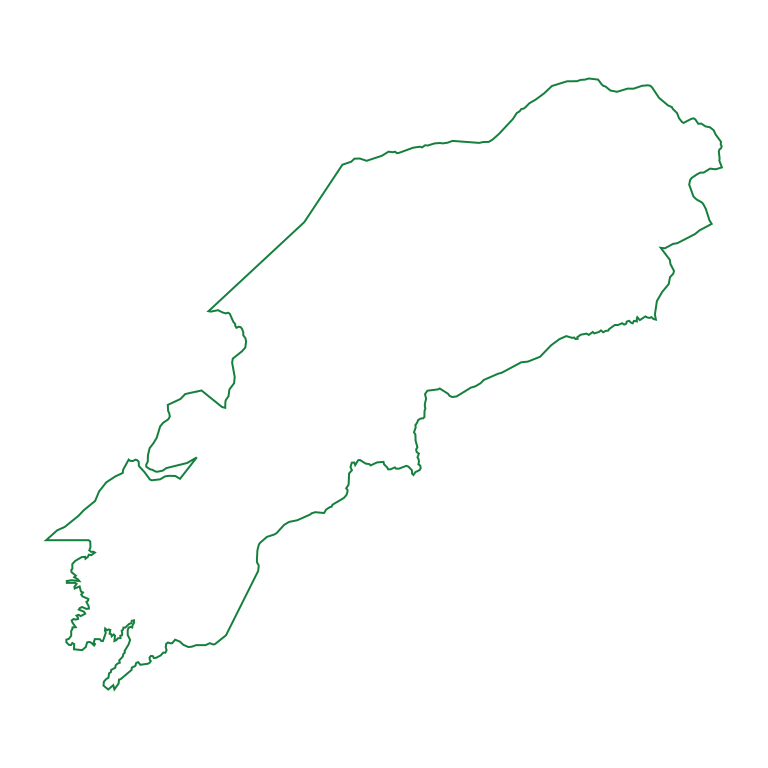 outline of Campo Verde, Mato Grosso, Brazil
{"feature_id": "56859067B82870953347176", "entity_name": "Campo Verde", "entity_type": "district", "adm_level": 2, "iso_a3": "BRA", "parent_name": "Brazil", "parent_adm1": "Mato Grosso", "projection": "mercator", "projection_center": [-55.112, -15.474], "detail": "fine", "context": "isolated", "style": "outline", "palette": "green", "viewbox_px": 768, "rotation_deg": 0, "n_neighbors": 0, "source": "geoboundaries", "source_scale": "gbopen_adm2", "svg_char_len": 6021}
<svg xmlns="http://www.w3.org/2000/svg" viewBox="0 0 768 768"><path d="M566.3,336.1L572.2,337.9L574.0,337.5L575.5,339.0L577.6,338.8L577.3,337.2L580.8,334.7L586.6,333.6L588.8,334.9L592.8,332.0L594.2,333.4L598.9,332.0L601.0,330.4L603.2,332.3L605.6,330.9L608.3,330.6L609.2,329.0L614.8,325.0L618.0,325.0L622.2,323.2L624.2,324.6L626.2,323.7L626.7,321.6L629.2,320.8L631.0,322.7L632.7,323.3L633.9,320.9L636.9,321.4L636.7,319.0L637.3,317.2L639.8,320.1L645.4,316.4L647.6,317.6L649.7,317.9L651.4,317.1L653.5,319.0L655.9,319.6L654.9,314.5L656.9,301.0L662.2,291.9L668.7,284.1L670.0,277.2L673.3,273.7L674.0,270.9L670.5,264.2L669.8,259.8L660.7,247.8L664.9,248.3L673.0,243.9L677.3,243.2L695.1,234.0L699.6,230.3L711.7,223.9L709.5,220.4L705.8,208.9L703.4,204.3L702.0,202.5L696.5,199.4L693.5,196.6L689.2,184.7L690.1,180.1L691.6,178.0L697.2,174.2L700.4,172.6L703.6,172.6L710.1,168.6L715.6,169.3L721.9,167.4L719.3,160.6L719.6,158.4L718.8,151.5L719.5,149.4L721.0,148.3L721.7,146.2L720.7,144.3L721.0,141.8L715.7,134.6L713.7,130.3L710.0,127.3L705.5,126.4L701.3,123.6L698.3,123.8L695.3,119.4L693.6,118.3L691.2,118.9L683.6,122.9L682.1,122.1L679.0,118.2L677.1,113.1L672.7,108.8L671.9,107.1L668.0,105.4L659.0,97.8L652.0,87.3L650.2,85.7L647.7,85.3L642.1,85.8L633.5,88.7L627.7,88.6L617.0,91.8L610.4,90.5L605.5,86.5L603.4,85.9L601.8,84.5L598.1,79.6L588.9,78.5L585.1,79.6L580.7,79.9L577.0,81.2L567.1,81.3L551.9,86.0L544.2,93.3L535.5,99.7L529.3,103.3L525.6,107.1L523.7,108.6L521.4,109.0L519.4,111.5L516.8,113.0L513.0,118.9L499.0,133.9L492.8,139.4L488.8,141.9L483.4,142.0L479.2,142.9L452.5,140.9L447.6,142.7L442.6,143.4L440.1,143.0L434.6,143.4L427.8,145.5L425.0,145.3L422.1,147.4L419.9,146.7L413.1,147.7L399.2,152.8L396.9,153.2L395.1,151.7L392.9,152.2L388.5,151.7L381.8,155.8L366.6,160.8L359.7,158.5L354.4,158.7L351.3,161.7L342.4,164.7L304.3,222.1L208.5,311.2L210.9,311.6L218.0,310.2L222.7,312.5L225.7,313.4L228.0,312.7L229.8,313.8L233.4,322.0L235.1,323.8L235.2,325.6L236.4,327.8L238.7,326.7L240.7,327.2L242.1,329.0L243.3,332.4L243.3,335.3L245.5,338.4L246.1,341.5L245.3,347.5L242.1,351.2L232.8,358.6L232.1,362.6L234.7,376.9L234.1,383.2L229.4,389.5L228.5,396.2L225.8,400.1L225.4,401.7L225.2,407.8L222.0,407.0L201.5,390.5L185.3,394.0L180.4,399.0L167.8,404.9L168.1,410.8L169.3,413.4L169.8,416.6L168.3,419.3L163.1,422.8L160.1,426.5L156.7,437.8L153.6,443.0L149.6,448.2L147.9,455.5L147.8,461.5L146.2,464.7L146.3,466.7L150.2,469.4L151.9,469.6L155.7,471.6L157.6,471.7L162.8,470.6L166.3,468.1L187.1,463.0L196.8,457.4L180.0,478.8L175.3,476.0L169.1,475.8L165.0,476.4L160.2,479.3L151.8,480.3L149.9,479.5L144.4,472.0L138.9,466.0L138.7,461.8L137.5,460.4L135.5,459.7L132.8,461.0L130.3,460.9L128.7,459.6L123.2,469.6L122.7,473.0L115.5,476.3L106.3,482.3L99.1,491.4L95.1,501.0L83.7,510.3L78.5,515.8L67.0,525.1L64.8,526.9L57.2,530.3L46.1,540.2L88.6,540.2L90.2,541.4L90.5,547.0L89.3,550.4L91.2,551.9L93.4,551.7L94.9,552.6L91.2,555.2L88.8,554.7L87.9,556.9L85.5,558.7L85.2,556.8L81.7,557.1L75.3,560.8L72.3,564.1L72.4,568.7L71.3,569.9L71.5,572.2L75.9,575.7L74.2,577.2L78.0,579.4L79.3,581.1L71.7,580.2L66.8,581.0L66.8,582.9L75.3,582.9L76.6,583.9L74.4,586.7L74.7,588.5L79.6,586.4L80.9,591.5L83.0,592.5L81.2,594.6L82.5,596.4L88.4,599.0L88.0,600.7L86.4,601.9L88.7,606.3L88.9,608.6L86.4,608.9L82.1,607.0L79.9,608.0L78.8,609.6L84.0,611.7L85.2,613.7L80.7,616.1L78.6,614.8L76.5,615.6L77.7,617.1L78.1,618.9L75.5,619.6L73.6,619.0L71.7,620.4L72.4,622.5L75.7,627.2L72.5,627.4L72.3,629.2L71.2,630.9L71.2,635.8L68.8,638.9L66.4,639.6L66.3,642.2L69.0,644.9L71.0,645.0L72.3,643.0L74.2,644.1L74.0,649.3L82.1,650.1L85.8,647.0L87.1,642.4L89.2,641.9L91.2,642.7L94.1,645.5L95.0,644.1L93.7,642.7L94.8,639.1L99.9,639.2L101.2,640.9L102.9,641.1L105.8,632.8L104.9,630.6L105.2,628.5L107.1,630.3L108.8,629.4L110.3,629.9L109.6,633.7L111.3,634.3L111.7,636.3L113.8,634.5L115.0,635.8L114.4,641.0L116.3,640.2L117.9,638.3L120.5,638.1L120.3,635.7L121.9,635.3L122.3,633.5L121.7,630.6L123.1,629.6L123.4,627.6L125.4,627.5L128.8,624.2L131.3,623.1L131.8,620.8L134.0,620.3L134.1,622.7L132.6,625.0L132.2,627.5L130.4,626.9L128.6,627.7L127.7,630.1L127.7,634.9L130.1,639.9L128.6,644.4L124.6,651.0L124.8,652.7L123.3,654.1L122.8,656.6L119.2,660.4L119.8,662.7L117.6,663.5L115.6,665.4L115.3,667.7L111.2,669.9L110.9,672.1L109.1,673.3L108.4,677.9L106.3,678.9L103.9,681.7L103.5,685.6L108.2,689.5L113.3,685.2L114.4,689.4L118.6,683.5L119.0,679.6L120.6,679.2L131.6,669.9L131.8,667.6L135.4,665.9L136.1,663.1L138.1,662.1L140.4,664.8L148.0,663.7L149.6,662.8L150.8,661.1L149.7,659.5L149.6,657.5L150.8,656.0L152.8,656.1L153.8,658.0L156.0,657.8L160.6,655.5L163.2,652.6L165.4,652.7L166.6,650.1L165.7,647.3L166.2,643.8L168.0,642.5L170.3,643.3L172.2,643.2L175.1,639.7L179.9,641.6L183.3,644.8L188.3,647.0L191.8,646.7L196.3,645.1L205.6,645.1L209.8,643.2L213.3,644.5L215.0,644.1L226.0,635.3L258.1,571.1L258.7,566.6L258.5,564.8L257.1,562.7L256.9,560.3L257.4,550.3L258.8,544.8L259.9,543.0L266.9,536.9L274.6,534.4L276.6,533.1L284.2,524.8L289.1,521.9L297.1,520.3L310.2,514.5L311.6,513.3L315.2,512.2L324.1,513.0L326.1,509.6L329.7,507.2L331.6,506.7L332.5,504.7L343.8,498.0L346.4,495.1L347.3,492.5L347.6,490.1L346.2,488.3L348.6,484.7L349.1,473.4L351.9,470.3L350.5,467.0L351.8,462.7L354.2,462.5L355.2,465.1L358.2,460.2L360.0,460.0L365.7,463.6L369.3,464.1L370.6,465.4L377.1,462.4L383.5,461.9L384.0,464.2L387.3,467.6L388.1,469.3L390.5,469.3L394.9,467.4L396.1,468.7L398.8,468.7L406.4,465.8L408.5,466.7L411.9,470.3L412.1,473.6L413.4,475.0L415.4,472.1L419.6,470.1L420.7,468.2L420.2,465.5L418.4,464.4L419.0,461.7L418.5,459.0L417.5,457.4L418.9,453.6L416.7,452.1L416.1,449.6L417.4,447.3L415.6,440.7L415.4,434.5L414.0,432.3L415.7,427.4L415.4,425.2L417.3,422.4L418.0,420.2L420.4,418.6L423.1,418.3L424.4,417.1L424.5,411.0L425.4,408.3L424.8,406.4L424.9,403.7L426.1,398.7L425.0,394.1L427.4,390.7L438.0,389.4L439.7,388.5L448.1,393.8L449.5,395.8L452.1,397.0L456.5,396.5L470.9,387.6L475.2,386.4L480.6,383.2L483.7,380.0L497.9,373.8L501.8,372.7L521.2,362.3L527.9,361.6L540.0,356.8L551.1,345.3L559.5,339.1L566.3,336.1Z" fill="none" stroke="#15803d" stroke-width="2"/></svg>